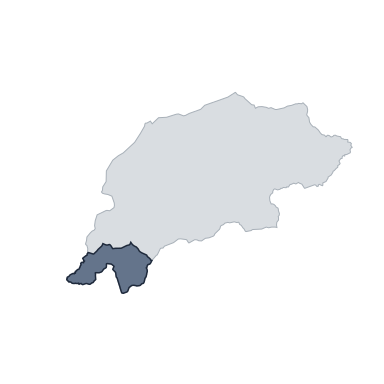 location of Dornod within Mongolia, rotated 139°
{"feature_id": "MNG-3332", "entity_name": "Dornod", "entity_type": "Province", "adm_level": 1, "iso_a3": "MNG", "parent_name": "Mongolia", "parent_adm1": "", "projection": "orthographic", "projection_center": [116.608, 48.287], "detail": "fine", "context": "in_parent", "style": "filled", "palette": "slate", "viewbox_px": 384, "rotation_deg": 139, "n_neighbors": 0, "source": "natural_earth", "source_scale": "10m", "svg_char_len": 7622}
<svg xmlns="http://www.w3.org/2000/svg" viewBox="0 0 384 384"><g transform="rotate(139 192 192)"><path d="M42.0,120.5L43.0,120.9L45.1,120.2L45.9,118.6L46.8,117.8L50.7,118.8L52.2,120.0L52.9,119.0L53.3,119.0L53.9,120.3L54.9,120.2L55.6,120.0L56.7,118.9L57.9,119.6L60.7,119.0L61.5,116.4L62.6,116.0L64.8,116.3L65.5,115.2L66.0,115.0L67.6,115.2L70.6,114.8L71.8,115.1L73.1,114.3L75.9,113.5L79.5,114.0L80.1,113.3L84.0,112.0L87.3,113.0L88.9,111.2L89.5,111.2L91.0,114.4L92.1,114.4L92.7,113.6L94.1,114.1L94.1,116.0L94.7,117.0L104.5,120.8L104.6,121.5L103.9,125.8L105.2,128.3L105.4,129.4L108.3,129.9L109.4,131.9L111.9,132.6L113.0,133.3L115.8,132.6L116.4,132.7L116.9,133.7L118.2,133.5L120.1,135.5L121.8,135.7L122.5,136.5L123.7,136.3L126.0,137.4L127.5,140.1L128.9,140.3L130.9,139.3L131.6,138.4L134.1,138.5L135.7,137.9L136.9,137.2L139.0,134.3L140.1,131.0L139.0,130.2L138.3,128.9L138.1,126.9L138.4,125.6L137.7,123.5L138.0,122.6L139.1,121.1L140.1,118.5L141.3,117.3L143.1,116.9L143.5,115.9L145.1,114.1L147.9,113.5L149.9,111.6L151.2,109.5L152.2,110.9L155.0,113.3L157.6,114.7L159.0,116.8L163.7,118.3L171.0,124.0L172.7,124.1L177.2,126.7L177.5,127.4L176.9,130.4L177.1,131.3L176.7,134.5L177.3,136.3L176.6,138.2L176.9,138.9L178.1,139.4L179.7,141.8L183.8,144.0L184.9,145.6L187.8,147.0L189.5,146.7L192.0,147.5L193.0,147.4L194.9,146.1L196.0,145.8L202.0,145.5L203.8,144.7L204.9,144.7L209.3,146.3L212.3,148.3L216.9,148.8L218.9,150.8L219.6,152.5L221.2,154.2L227.6,155.5L227.9,155.9L227.4,159.4L227.6,159.9L231.4,164.2L233.2,165.5L239.2,165.9L248.3,169.2L250.6,168.7L252.4,170.0L253.2,170.0L259.5,167.3L260.4,167.6L266.7,166.7L270.8,165.4L273.8,165.6L276.3,164.4L277.4,161.7L281.5,158.8L288.5,155.1L292.8,155.8L295.2,157.2L297.7,160.1L299.2,160.9L302.0,161.2L306.0,159.3L308.0,159.8L310.0,160.7L311.2,162.1L304.9,176.7L304.8,177.6L302.7,180.6L302.4,185.5L299.7,187.2L300.0,190.0L300.6,191.0L303.4,193.8L304.4,193.5L305.2,192.3L306.7,191.3L309.6,191.6L312.0,191.2L315.1,192.1L317.9,194.4L322.1,189.3L325.8,188.6L329.3,189.2L332.0,192.5L335.3,194.0L336.2,195.9L337.5,196.6L337.9,197.5L341.9,201.2L342.8,203.7L344.0,205.5L344.0,207.4L343.8,208.3L342.2,209.3L336.6,209.0L333.3,207.3L332.1,208.4L327.8,208.1L325.4,208.9L323.8,209.6L322.8,210.9L322.1,211.2L321.4,211.1L320.1,210.2L319.0,210.2L318.7,210.4L317.9,213.6L314.3,213.6L313.1,213.2L310.0,214.7L309.6,215.9L307.9,217.5L306.4,220.6L306.7,222.0L306.2,222.8L303.5,224.5L300.8,227.0L295.4,227.9L292.9,228.0L291.0,227.4L289.1,227.8L287.6,230.5L283.9,233.8L278.6,237.0L269.4,234.5L268.3,234.0L266.4,231.8L261.1,231.4L259.4,232.7L257.9,234.7L255.2,241.4L257.1,245.3L259.4,248.1L260.4,249.9L260.3,251.4L258.5,252.0L256.0,254.4L250.0,256.2L242.8,264.1L230.9,268.0L223.8,267.7L218.2,266.6L202.7,267.1L192.4,270.1L184.6,272.8L182.8,274.3L182.0,274.5L180.8,273.6L176.9,272.8L177.3,269.6L168.5,270.0L162.2,265.1L152.8,261.0L151.0,259.8L148.4,255.0L146.7,254.1L142.5,253.1L131.2,248.7L125.5,249.1L102.7,240.1L94.0,238.8L93.8,238.4L93.9,235.6L90.9,230.5L90.6,229.4L90.8,227.8L89.7,218.7L88.1,216.9L89.2,213.6L86.2,212.9L83.2,210.6L80.4,207.2L79.3,204.9L77.0,203.8L75.0,199.6L73.8,198.6L67.2,195.0L63.6,194.2L60.1,192.1L55.9,190.5L54.7,189.4L53.5,189.0L51.4,186.7L49.7,186.5L49.2,181.1L50.6,178.4L52.0,176.9L54.7,175.1L55.0,174.1L55.0,171.4L57.4,167.7L57.9,165.0L57.8,161.7L56.6,160.5L56.0,155.8L56.4,152.5L56.3,150.1L54.7,148.0L54.7,145.9L54.1,145.6L53.4,146.0L52.2,145.8L51.3,144.2L51.1,142.6L50.5,142.0L49.2,141.5L47.8,141.7L46.6,140.9L45.9,139.2L43.6,136.2L44.0,134.8L43.9,133.7L43.1,133.1L42.6,131.8L40.1,129.5L40.3,128.8L41.7,127.6L40.1,125.7L39.9,124.1L41.6,122.9L41.6,121.6L42.0,120.5Z" fill="#d9dde1" stroke="#a8b0b8" stroke-width="1"/><path d="M311.2,162.1L309.2,166.7L309.0,167.0L307.0,171.6L304.9,176.3L304.9,176.5L305.0,177.0L305.0,177.3L304.8,177.8L302.5,181.3L302.5,181.5L302.4,181.8L302.4,182.1L302.6,185.1L302.5,185.6L302.2,185.8L299.9,186.9L299.6,187.2L299.6,187.3L299.9,189.3L300.1,190.1L300.2,190.5L300.4,190.8L302.9,193.6L303.6,193.9L304.1,193.5L305.3,192.1L306.2,191.4L306.9,191.3L308.7,191.7L309.4,191.7L311.9,191.1L312.6,191.1L312.9,191.1L314.1,191.6L314.9,191.9L315.1,192.0L317.6,194.3L318.0,194.4L318.4,193.9L318.8,193.2L319.2,192.8L319.7,192.3L321.8,189.5L322.0,189.2L322.5,189.1L324.1,189.1L324.3,189.1L325.0,188.8L325.6,188.7L326.2,188.6L326.4,188.7L326.9,189.0L327.1,189.1L329.1,189.2L329.8,189.5L330.4,190.2L331.5,192.0L332.1,192.5L334.2,193.4L335.1,193.7L335.3,193.9L335.4,194.1L335.5,194.4L335.7,195.4L335.7,195.7L335.9,195.8L336.1,196.0L337.1,196.3L337.5,196.4L337.7,196.5L337.8,196.7L337.7,196.9L337.5,197.2L337.4,197.5L337.8,197.6L339.4,199.0L339.6,199.1L339.7,199.4L339.8,199.6L340.0,199.8L340.6,200.0L341.0,200.3L341.8,201.1L342.1,201.5L342.4,202.0L342.4,202.3L342.5,203.2L342.5,203.4L342.5,203.5L342.7,203.8L343.1,204.1L343.2,204.3L343.3,204.4L343.3,204.5L343.5,204.7L343.6,204.8L343.9,204.8L343.9,205.0L343.8,205.3L343.8,205.5L344.0,205.7L344.0,205.8L344.0,206.0L344.0,206.3L343.9,206.8L343.9,207.1L344.1,207.4L344.1,207.6L344.1,207.8L343.8,208.3L343.6,208.5L343.4,208.6L343.0,208.5L342.9,208.6L342.6,209.0L342.3,209.4L342.1,209.5L341.9,209.5L341.7,209.5L341.3,209.2L341.1,209.2L340.8,209.2L340.1,209.1L339.6,209.1L338.7,209.4L338.2,209.4L335.6,208.7L335.3,208.6L335.1,208.4L334.7,207.8L334.6,207.6L334.3,207.6L334.1,208.0L333.8,208.0L333.7,207.8L333.6,207.6L333.5,207.4L333.3,207.3L333.0,207.4L332.8,207.7L332.4,208.4L332.1,208.6L331.7,208.5L331.3,208.3L330.9,208.2L330.8,208.3L330.5,208.5L330.3,208.5L329.5,208.5L329.1,208.5L328.5,208.1L328.1,208.0L327.8,208.0L327.4,208.0L327.1,208.2L326.8,208.4L326.4,208.7L326.3,208.8L325.8,208.8L325.6,208.9L324.8,209.5L324.4,209.6L323.9,209.7L323.7,209.8L323.5,210.0L323.3,210.2L323.0,210.8L322.9,211.0L322.7,211.1L321.6,211.3L321.4,211.2L320.9,210.9L320.7,210.7L320.5,210.1L320.3,209.9L320.2,210.0L319.7,210.3L319.3,210.2L318.5,210.4L318.7,210.9L318.7,211.1L318.7,211.3L318.3,211.9L318.2,212.3L318.1,213.3L318.0,213.6L317.6,213.7L314.1,213.5L312.8,213.2L312.6,213.2L312.5,213.3L312.3,213.5L311.7,214.1L310.9,214.2L310.5,214.4L310.2,214.5L309.4,213.5L307.3,210.1L307.1,209.9L306.8,209.7L302.4,209.9L300.5,210.3L295.8,210.4L294.9,210.6L293.1,211.5L292.0,209.1L291.4,208.2L291.1,207.9L290.8,207.6L290.5,207.4L290.2,207.2L289.0,206.7L288.9,206.6L288.7,206.4L288.6,206.2L288.5,205.9L288.5,205.5L288.5,204.3L289.0,201.6L288.9,201.2L288.7,201.1L288.5,200.9L286.8,199.8L282.3,196.0L276.3,194.4L274.4,193.4L273.9,193.2L273.6,193.2L273.3,193.2L273.0,193.3L271.2,194.2L271.4,192.4L271.4,191.0L271.0,189.2L270.7,188.3L270.5,188.0L270.1,187.0L270.0,184.5L270.2,183.5L270.4,182.8L270.5,182.0L270.4,181.1L270.3,180.5L269.8,179.0L268.1,175.3L267.7,174.4L267.6,173.9L267.7,173.6L268.0,172.8L268.0,172.5L268.0,172.1L267.7,171.0L267.5,169.0L267.5,168.3L267.6,168.2L267.8,168.0L267.8,167.9L267.9,167.7L267.2,166.6L270.2,165.4L270.6,165.3L271.7,165.5L272.5,166.0L272.8,166.1L273.1,166.1L273.5,166.0L274.4,165.6L275.0,165.1L275.2,164.9L275.4,164.8L275.7,164.8L276.1,164.8L276.3,164.7L276.4,164.4L276.5,163.8L276.5,163.6L276.6,163.3L277.4,162.0L277.6,161.7L277.9,161.4L279.9,160.0L280.2,159.6L280.4,159.5L280.9,159.2L281.1,159.0L281.6,158.6L283.2,157.8L283.4,157.8L283.9,157.8L284.1,157.8L285.4,156.7L285.6,156.5L286.0,156.4L286.8,155.7L287.6,155.3L288.4,155.0L288.9,155.1L289.7,155.6L290.2,155.7L292.0,155.5L292.9,155.7L295.1,157.2L295.3,157.3L295.4,157.5L295.6,158.0L295.8,158.2L297.1,159.8L298.6,160.9L298.8,161.0L299.4,161.0L299.6,161.1L300.0,161.1L300.6,161.0L301.6,161.2L302.0,161.2L302.3,161.1L305.2,159.5L306.0,159.2L306.8,159.3L307.6,159.6L310.2,160.6L310.6,161.0L310.9,161.5L311.2,162.1Z" fill="#64748b" stroke="#1e293b" stroke-width="1.5"/></g></svg>